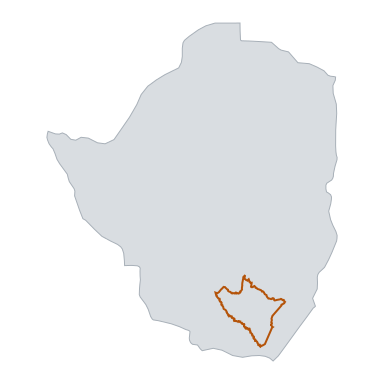 Mwenezi, Masvingo, Zimbabwe (highlighted)
{"feature_id": "62879985B12430304395671", "entity_name": "Mwenezi", "entity_type": "district", "adm_level": 2, "iso_a3": "ZWE", "parent_name": "Zimbabwe", "parent_adm1": "Masvingo", "projection": "equal_earth", "projection_center": [30.689, -21.398], "detail": "fine", "context": "in_parent", "style": "outline", "palette": "amber", "viewbox_px": 384, "rotation_deg": 0, "n_neighbors": 0, "source": "geoboundaries", "source_scale": "gbopen_adm2", "svg_char_len": 7694}
<svg xmlns="http://www.w3.org/2000/svg" viewBox="0 0 384 384"><path d="M273.1,361.0L269.7,358.1L265.2,356.3L259.4,355.5L251.8,355.8L242.6,357.3L232.6,355.5L222.0,350.2L213.2,348.3L202.6,350.6L202.2,350.7L200.3,348.9L197.5,345.0L192.6,344.3L191.3,343.4L190.3,342.0L189.5,340.1L189.3,338.1L190.0,331.7L189.6,331.0L188.3,330.3L185.7,329.5L179.3,326.6L171.3,323.8L158.4,320.7L153.3,319.9L152.2,319.0L150.7,316.6L148.2,309.3L145.8,304.5L140.2,297.0L139.3,294.7L139.5,288.7L139.9,284.0L140.4,279.9L140.1,276.1L140.0,271.3L140.2,268.2L139.4,266.8L137.4,265.8L131.6,265.4L124.6,265.6L124.4,260.7L123.7,253.3L122.3,249.0L120.7,246.8L117.5,244.4L110.9,241.2L102.0,236.4L94.4,229.2L85.6,220.2L82.9,218.7L79.6,210.3L74.6,195.9L74.9,191.1L74.1,188.7L69.3,181.6L68.2,178.0L67.3,174.2L59.7,163.8L57.0,159.3L55.0,153.5L53.0,148.8L51.3,146.9L49.1,143.8L47.6,140.1L46.9,137.4L47.4,133.8L48.1,131.3L55.4,133.9L59.3,134.1L62.4,132.9L66.2,134.6L70.8,139.3L75.8,140.2L81.1,137.3L88.3,138.1L97.5,142.8L105.1,143.8L114.0,139.6L122.0,128.1L129.5,117.2L136.8,104.6L141.2,94.5L147.8,86.2L156.4,79.9L165.2,74.5L178.7,67.9L181.4,62.4L182.3,56.5L182.3,48.2L183.0,42.9L184.4,40.4L186.6,38.5L189.5,36.1L198.4,29.8L205.9,25.8L215.0,23.1L224.9,23.1L234.5,23.1L240.0,23.0L240.1,31.0L240.5,40.0L241.6,40.8L248.8,41.0L260.4,41.6L271.5,42.3L278.7,48.7L281.1,50.1L288.5,51.9L297.9,62.7L309.3,63.7L317.1,67.1L324.0,70.8L327.9,75.2L330.5,76.2L334.0,76.6L335.6,77.0L335.3,80.2L332.9,85.6L333.2,93.3L336.3,104.1L336.7,113.4L335.7,129.9L335.6,145.9L335.9,151.5L336.4,155.3L337.1,157.4L337.0,159.7L335.0,166.4L333.5,173.4L333.4,176.2L332.8,178.2L331.7,180.0L326.8,183.2L325.9,185.2L325.9,188.8L326.5,191.9L328.4,193.0L330.6,194.7L331.5,197.0L331.4,199.4L330.7,203.9L328.7,211.2L330.6,219.7L332.8,225.2L335.9,231.5L337.1,235.4L337.0,238.2L336.6,241.0L331.9,252.5L328.6,259.7L324.5,267.4L319.2,272.3L317.8,274.6L317.3,277.2L317.5,283.0L317.2,289.0L312.6,298.3L315.4,306.2L314.7,307.0L313.2,308.1L306.7,317.1L300.0,326.1L295.2,332.7L289.7,340.3L283.6,348.7L278.3,355.9L273.1,361.0Z" fill="#d9dde1" stroke="#a8b0b8" stroke-width="1"/><path d="M260.4,346.7L260.6,346.4L261.0,346.1L261.6,345.9L262.0,345.5L262.5,345.5L264.9,344.1L271.6,328.7L271.7,328.3L272.0,327.7L272.8,327.1L272.4,326.9L272.2,326.7L271.7,325.8L271.6,325.6L271.0,325.2L271.0,324.7L271.3,324.5L271.4,324.2L271.8,323.9L271.9,323.6L271.9,323.3L271.7,323.3L271.6,323.1L271.3,322.6L271.5,321.2L271.7,320.9L271.8,320.6L271.8,320.3L271.8,320.2L271.8,319.6L271.6,319.3L271.5,318.7L271.7,318.1L272.2,316.5L272.4,316.2L272.4,315.9L279.9,307.3L281.1,305.9L281.3,305.7L281.3,305.0L281.5,304.7L281.9,304.7L282.1,304.4L282.5,304.2L282.8,304.1L283.1,303.9L283.4,303.6L283.8,303.5L284.1,303.3L284.1,303.2L284.3,303.1L284.4,302.5L284.4,302.3L284.5,302.0L284.8,302.1L285.0,301.9L284.7,301.6L284.6,301.4L284.4,301.2L284.2,301.1L284.0,300.8L283.9,300.6L283.8,300.3L283.8,300.0L283.7,299.9L282.9,300.1L282.5,300.1L281.6,299.1L280.9,298.9L280.3,299.3L276.5,300.0L275.6,300.3L274.5,300.4L274.1,299.9L274.0,299.0L273.6,298.4L273.0,298.2L272.4,298.2L272.1,298.9L271.3,299.1L270.3,298.9L270.1,298.8L269.6,298.5L269.2,298.5L268.6,298.6L268.3,298.5L267.9,297.8L267.7,297.6L267.4,297.4L267.2,297.2L267.0,296.6L266.6,296.1L266.6,295.3L266.5,295.1L266.4,295.0L266.1,294.9L265.6,294.6L264.8,294.2L264.7,293.8L264.4,293.5L264.1,292.6L264.0,292.4L263.7,292.4L263.5,292.2L263.0,291.5L262.7,291.2L262.3,291.1L261.9,291.4L261.2,290.4L260.6,289.9L259.8,289.8L259.1,289.4L257.8,289.1L257.5,288.9L257.2,288.5L256.8,288.4L256.6,288.1L256.0,287.9L255.6,287.8L255.5,287.6L255.6,287.3L255.6,287.2L254.4,286.0L253.8,286.3L253.4,286.6L253.0,286.9L252.8,287.1L251.8,287.2L251.6,287.1L251.2,287.0L251.1,286.9L251.0,286.3L251.2,286.0L251.4,284.9L251.6,283.4L251.7,283.0L251.7,282.8L250.6,283.0L250.5,282.5L250.3,282.1L250.1,282.0L249.7,282.0L249.5,281.9L249.4,281.2L249.3,280.9L249.0,280.9L248.9,280.8L248.7,280.4L249.0,280.1L248.9,279.7L248.7,279.2L247.9,279.9L247.5,280.5L247.4,280.4L246.7,280.3L246.2,280.1L245.9,279.8L245.6,279.4L244.8,279.0L244.6,278.6L244.5,277.9L244.5,277.5L244.8,276.8L244.9,276.3L244.9,275.8L244.7,275.7L244.4,276.2L243.9,276.4L243.5,276.8L243.3,277.3L243.2,278.6L243.3,279.0L243.0,279.4L242.9,280.0L242.7,281.1L242.3,283.1L242.2,285.0L242.3,285.7L242.1,286.2L242.1,287.0L241.9,287.7L241.9,288.5L242.0,289.6L241.0,290.8L240.7,291.5L240.4,291.5L240.4,291.8L240.2,291.8L240.2,292.0L240.1,292.5L239.6,292.4L239.5,292.5L239.3,292.8L239.0,293.2L238.7,293.4L238.7,293.5L238.2,293.6L237.2,293.0L236.9,293.0L236.6,293.3L236.2,292.8L235.9,292.5L234.9,293.0L234.8,293.5L234.0,293.3L233.5,293.1L233.3,293.1L232.7,293.4L232.1,292.9L231.9,293.0L231.6,293.2L230.9,292.6L230.8,292.3L230.4,291.9L230.1,291.8L229.5,291.8L228.2,291.0L228.1,290.9L228.0,290.2L228.0,289.8L227.7,289.5L227.3,289.5L225.9,288.1L225.2,287.4L225.0,287.1L224.5,287.0L223.8,287.3L223.5,287.1L223.4,287.3L222.8,287.7L221.9,288.8L221.1,289.4L219.8,291.1L219.6,291.2L219.0,292.1L217.5,293.1L216.9,293.1L215.5,292.6L215.6,293.0L215.7,293.6L216.2,295.1L216.2,295.3L216.3,295.5L216.3,295.8L216.5,296.0L216.8,295.9L216.8,296.4L217.0,296.6L217.0,296.8L217.2,297.0L217.3,297.1L217.6,297.4L217.8,297.8L218.2,298.2L218.3,298.2L218.4,298.4L218.6,298.4L218.7,298.5L218.9,298.5L219.4,298.9L219.6,298.9L219.6,299.0L219.7,299.4L219.4,299.5L219.3,300.1L219.5,300.4L219.7,300.8L219.8,300.8L219.9,301.1L219.9,301.5L220.0,301.6L220.3,301.7L220.9,301.9L221.0,301.9L221.1,302.1L221.3,302.3L221.4,302.5L221.6,302.7L221.6,302.9L221.3,303.0L221.4,303.7L221.5,304.0L221.3,304.6L221.5,304.9L221.9,304.8L222.1,304.9L222.5,305.2L222.5,306.1L222.6,306.3L223.2,306.8L223.6,308.8L223.8,309.0L225.5,309.9L225.8,310.4L226.2,310.7L226.5,311.7L226.5,311.9L226.8,312.0L227.0,312.5L227.1,313.3L227.2,313.5L227.6,313.7L228.1,314.3L228.1,314.9L228.2,315.3L228.6,315.3L228.8,315.1L229.0,315.1L229.6,315.5L229.1,315.9L229.1,316.1L229.1,316.3L230.2,316.1L230.5,316.2L230.8,316.5L231.7,316.3L231.8,316.5L231.7,317.1L231.8,317.6L231.9,317.9L232.1,317.9L232.4,317.7L232.7,317.7L233.3,318.2L233.4,318.4L233.5,318.9L233.6,319.0L234.1,318.5L234.3,318.6L234.5,318.9L234.5,319.5L234.4,320.1L234.0,320.6L234.1,320.8L234.2,321.0L235.3,320.8L235.7,321.1L236.5,321.0L236.9,321.3L237.7,321.3L237.8,321.4L238.1,321.8L238.3,321.6L238.7,321.0L238.9,321.0L239.3,321.3L239.6,321.8L239.9,321.8L240.2,321.7L240.2,321.8L240.4,322.3L240.6,322.5L241.3,322.8L241.9,322.8L242.0,323.0L242.0,323.6L242.2,323.9L242.6,323.8L242.9,323.8L243.1,324.0L243.2,324.3L243.4,324.4L243.5,324.4L243.7,324.1L244.2,324.1L244.3,324.4L244.3,324.9L244.2,325.1L244.0,325.3L244.0,325.6L244.1,325.8L244.0,326.3L244.0,326.5L244.4,326.8L244.7,326.8L244.8,326.9L244.9,327.2L245.3,327.2L245.3,327.6L245.6,328.0L245.5,328.4L245.7,328.6L246.0,328.5L246.2,328.1L246.2,327.8L246.3,327.7L246.7,328.1L246.9,328.0L247.1,328.0L247.3,328.4L247.3,328.8L247.6,328.8L247.7,328.4L248.0,328.5L248.4,329.4L248.9,329.2L249.2,328.7L249.4,328.6L249.5,328.6L249.6,328.8L249.1,329.4L249.0,329.6L249.0,329.8L249.3,329.9L249.7,330.3L249.9,330.2L250.1,330.3L250.2,330.7L250.3,331.0L250.1,331.6L250.2,331.8L250.4,331.9L250.5,332.0L250.3,332.3L250.3,332.6L250.8,332.7L251.2,333.1L251.5,333.5L251.8,333.7L252.0,333.9L251.9,334.1L251.9,334.7L252.0,334.9L252.4,334.8L252.5,334.9L252.4,335.6L252.8,335.7L253.3,336.3L253.6,336.4L253.7,336.5L253.6,336.8L254.0,337.1L254.0,337.3L253.8,337.4L253.5,337.6L253.4,337.7L253.5,338.2L253.7,338.6L253.9,338.8L254.1,338.9L254.5,339.3L255.0,339.3L255.4,339.6L255.4,339.8L255.1,339.9L255.0,340.1L255.0,340.4L255.2,340.7L255.2,340.9L255.2,341.0L256.3,341.0L257.2,341.9L257.3,342.8L257.8,343.1L258.3,345.1L258.8,345.2L259.4,344.7L259.8,344.7L260.1,345.3L259.9,346.3L260.4,346.7Z" fill="none" stroke="#b45309" stroke-width="2"/></svg>